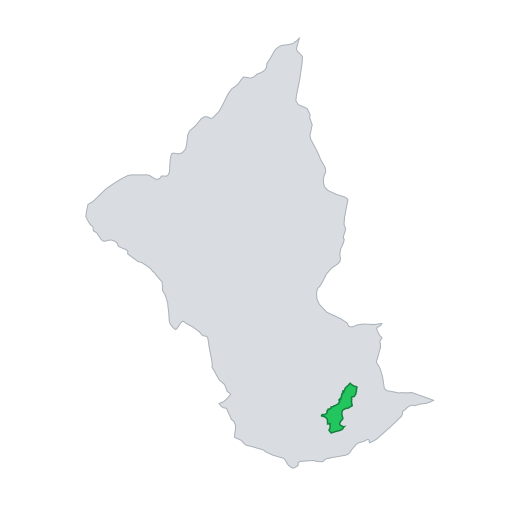 location of Carnot, Mambéré-Kadéï, Central African Republic, rotated 266°
{"feature_id": "33826404B21992681295318", "entity_name": "Carnot", "entity_type": "district", "adm_level": 2, "iso_a3": "CAF", "parent_name": "Central African Republic", "parent_adm1": "Mambéré-Kadéï", "projection": "natural_earth1", "projection_center": [16.19, 4.73], "detail": "fine", "context": "in_parent", "style": "filled", "palette": "green", "viewbox_px": 512, "rotation_deg": 266, "n_neighbors": 0, "source": "geoboundaries", "source_scale": "gbopen_adm2", "svg_char_len": 6053}
<svg xmlns="http://www.w3.org/2000/svg" viewBox="0 0 512 512"><g transform="rotate(266 256 256)"><path d="M358.8,177.3L363.6,178.7L364.5,180.5L363.2,186.1L364.1,189.6L366.9,192.6L369.6,193.9L372.3,194.6L381.6,196.4L385.4,198.5L390.5,205.1L396.9,211.1L398.5,214.3L398.2,217.2L396.4,220.7L396.7,222.2L399.6,225.7L403.0,229.3L409.1,233.3L419.8,239.5L424.7,243.7L426.4,246.9L429.1,250.4L432.9,253.5L435.5,256.0L433.8,262.9L434.3,265.1L435.3,267.1L437.5,269.8L438.4,273.3L440.6,277.6L443.3,279.6L447.6,280.4L450.0,282.4L454.8,285.8L459.5,288.8L461.5,290.9L462.7,292.7L463.8,294.9L464.3,297.0L464.5,301.7L465.3,307.5L467.8,311.4L470.2,314.4L460.6,311.0L459.2,310.9L457.5,311.5L452.6,315.7L451.0,316.2L444.7,315.3L429.5,312.0L417.8,308.8L414.3,307.7L408.1,306.6L404.0,308.8L400.2,316.2L399.0,317.6L393.0,319.8L390.1,319.2L383.1,321.2L372.2,318.2L368.4,318.8L365.3,320.3L357.5,323.7L352.8,325.6L347.3,327.3L342.1,330.0L338.6,331.4L335.1,331.4L332.0,329.9L328.6,328.6L324.6,328.4L320.3,329.1L316.7,332.1L315.3,334.2L312.2,339.8L308.5,348.9L307.1,350.7L305.8,351.6L288.8,347.1L281.5,346.0L276.5,347.4L270.3,344.9L267.6,344.4L266.4,345.2L262.9,344.1L257.3,341.0L251.9,339.7L247.1,340.1L244.2,339.1L241.8,336.1L238.7,330.6L233.2,325.1L225.8,320.7L221.2,317.4L219.3,315.1L215.3,313.9L209.2,313.7L203.4,315.8L195.0,322.7L187.1,336.8L182.8,342.2L179.3,343.6L178.4,347.0L180.2,352.3L180.6,358.6L179.4,369.1L179.9,376.8L178.0,375.5L176.2,371.9L175.4,371.2L170.2,372.8L167.5,374.3L166.1,375.7L165.0,375.9L163.4,374.0L162.1,373.6L160.1,374.0L158.0,374.0L156.6,373.7L155.7,373.9L153.3,372.7L144.4,369.7L142.9,368.8L141.1,368.9L136.5,371.4L134.1,372.2L126.7,373.8L118.9,374.5L115.9,374.6L113.8,375.7L112.5,377.3L110.0,387.1L109.4,388.7L109.5,391.2L108.8,399.0L109.1,401.5L99.7,423.0L98.1,419.4L97.1,415.2L96.8,410.4L97.0,409.1L96.4,407.7L95.6,403.7L96.3,401.2L95.7,398.6L93.9,395.9L92.2,394.0L91.3,392.2L90.5,391.4L88.6,391.1L86.2,390.2L75.7,377.6L64.8,363.4L62.6,358.8L61.7,356.2L64.4,355.9L65.1,355.4L65.1,354.2L63.5,350.5L62.7,345.9L61.3,343.1L57.1,338.8L53.0,335.5L51.7,333.8L51.0,331.3L49.4,316.0L48.7,311.7L47.5,309.8L46.5,308.9L46.2,307.8L46.3,305.1L46.9,302.7L46.9,301.7L48.0,299.6L48.0,285.5L46.7,283.5L44.2,283.5L42.9,281.4L41.8,278.8L42.2,277.0L44.5,274.1L46.1,273.0L50.7,270.7L52.0,269.6L52.8,268.2L53.4,266.3L56.1,259.0L60.1,251.8L61.8,250.3L65.8,239.6L66.8,236.9L67.5,234.1L68.8,231.9L73.2,228.3L76.5,222.0L80.1,222.3L83.8,223.3L88.5,223.8L92.2,222.6L94.6,220.1L106.1,215.9L107.0,212.5L108.8,210.7L110.9,209.1L111.6,208.9L111.8,210.0L113.0,213.6L115.7,217.1L119.5,220.9L120.6,220.7L123.0,217.8L129.0,216.0L130.5,215.2L134.7,210.9L139.9,208.2L142.8,207.2L148.0,204.4L151.7,204.8L157.6,204.3L167.4,203.0L174.6,202.5L178.1,202.0L179.1,201.4L180.4,197.3L181.5,196.2L184.2,194.4L189.4,188.2L192.8,183.0L193.9,181.2L194.6,180.8L196.1,178.6L194.6,176.4L188.7,171.8L188.8,171.1L188.4,170.3L188.8,169.7L191.0,167.8L194.0,165.7L197.2,164.9L205.6,165.0L212.8,164.6L214.5,164.7L220.0,163.6L223.8,162.6L227.8,160.4L236.6,160.6L244.0,154.9L246.1,153.9L247.1,153.0L247.3,152.2L250.8,149.9L254.7,145.3L257.7,141.1L258.5,138.2L266.9,128.2L269.8,128.4L271.2,127.1L274.5,120.5L275.5,119.2L279.0,118.1L280.6,116.1L282.0,113.1L282.0,109.5L281.3,106.6L281.3,105.2L282.1,103.9L283.4,102.6L289.8,99.0L291.4,97.2L292.3,95.7L294.1,95.4L296.1,95.5L297.3,94.6L298.7,92.9L303.1,90.7L307.1,89.0L311.4,89.8L319.2,92.0L321.5,96.7L322.7,98.4L332.3,109.7L334.2,112.3L339.0,120.5L341.9,126.0L345.3,134.0L345.6,138.3L345.2,142.0L344.6,152.4L343.8,155.4L339.6,161.1L339.4,163.6L340.3,165.7L341.6,166.6L342.4,167.6L341.9,172.5L343.4,174.4L346.6,175.7L354.6,176.6L358.8,177.3Z" fill="#d9dde1" stroke="#a8b0b8" stroke-width="1"/><path d="M118.1,347.6L118.5,347.0L118.9,346.5L118.9,346.1L119.0,345.8L119.4,344.7L120.2,343.6L121.2,342.2L122.5,341.0L122.1,340.5L120.2,338.7L119.6,337.6L118.6,336.5L118.2,336.0L117.5,335.5L116.3,335.3L115.6,334.6L115.4,334.0L115.4,333.4L115.1,333.2L114.9,333.2L114.9,333.3L114.7,333.5L114.6,333.9L114.5,334.0L114.3,334.1L114.2,334.1L113.9,334.0L113.3,333.1L113.2,332.7L112.9,332.2L112.7,332.3L112.4,332.4L111.1,331.5L110.9,331.6L110.2,331.6L109.7,331.5L109.4,331.3L108.9,331.1L108.7,330.9L108.4,330.6L108.2,330.1L107.9,329.9L107.7,330.1L107.5,330.6L107.4,330.6L107.0,330.5L106.9,330.2L106.8,329.0L106.8,328.8L106.6,328.7L106.2,328.7L106.0,328.8L105.7,329.0L105.2,329.3L104.6,329.2L103.9,328.5L103.4,328.0L102.5,327.7L102.4,326.8L101.3,324.7L101.2,323.5L100.3,322.5L100.3,321.3L100.0,320.2L99.7,320.2L99.4,320.2L99.0,320.2L98.2,318.9L98.0,318.5L98.1,318.1L98.2,317.8L98.3,317.5L98.3,317.4L98.1,317.3L97.8,317.3L97.5,317.2L97.4,317.0L97.3,316.6L96.9,316.4L96.2,315.9L95.8,316.0L94.7,316.0L94.0,315.2L93.2,314.0L93.0,312.8L93.2,311.2L93.0,310.9L92.7,310.4L92.0,310.2L91.6,310.7L91.4,311.6L91.0,312.8L90.1,314.2L89.3,315.0L87.9,315.8L83.4,315.7L83.5,318.1L83.0,317.8L82.7,317.8L82.3,318.1L81.9,318.2L81.4,318.1L81.0,318.2L80.7,318.1L80.4,317.9L80.2,317.9L79.4,317.9L79.2,317.8L78.3,317.3L77.4,316.7L77.0,316.7L76.4,317.1L75.7,317.6L75.0,318.1L74.8,318.4L74.2,318.6L75.3,323.0L76.1,327.5L76.9,329.7L77.9,330.8L79.1,331.5L79.6,332.1L79.5,331.1L79.9,330.7L80.2,330.2L81.1,328.7L81.6,328.1L82.3,327.8L83.0,327.7L83.4,327.9L83.8,328.1L84.1,328.4L84.5,328.5L84.9,328.7L85.4,329.2L85.8,329.6L86.2,330.0L86.6,330.4L86.9,330.7L87.4,331.2L87.7,331.3L88.1,331.3L89.0,331.2L89.9,331.0L90.5,330.8L91.0,330.7L91.7,330.7L92.5,330.6L93.0,330.7L93.8,330.8L94.3,330.8L94.9,331.1L95.3,331.3L95.6,331.4L96.0,331.8L96.3,332.0L96.8,332.8L97.0,333.5L97.2,334.1L97.7,334.6L97.7,336.1L97.8,337.3L98.4,338.5L99.0,339.5L99.3,339.9L99.4,340.5L99.7,341.2L100.1,341.6L100.6,341.6L100.9,341.3L102.1,341.2L103.6,341.2L104.3,341.0L105.5,341.3L106.1,341.6L106.4,341.4L106.7,341.3L107.1,341.3L107.4,341.4L107.9,341.5L108.3,341.5L108.7,341.7L108.9,342.2L108.8,342.9L108.8,343.3L108.8,343.7L109.0,344.0L109.3,344.4L111.1,345.7L111.7,346.1L112.1,346.0L112.4,346.0L112.9,346.2L113.4,346.5L113.8,346.7L115.6,346.8L116.0,347.0L117.0,347.2L118.1,347.6Z" fill="#22c55e" stroke="#15803d" stroke-width="1.5"/></g></svg>